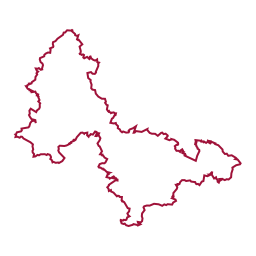 the district of Mixtlán, Jalisco, Mexico
{"feature_id": "50627088B12343009678657", "entity_name": "Mixtlán", "entity_type": "district", "adm_level": 2, "iso_a3": "MEX", "parent_name": "Mexico", "parent_adm1": "Jalisco", "projection": "albers", "projection_center": [-104.454, 20.522], "detail": "fine", "context": "isolated", "style": "outline", "palette": "rose", "viewbox_px": 256, "rotation_deg": 0, "n_neighbors": 0, "source": "geoboundaries", "source_scale": "gbopen_adm2", "svg_char_len": 5782}
<svg xmlns="http://www.w3.org/2000/svg" viewBox="0 0 256 256"><path d="M214.9,143.2L212.3,142.1L211.3,142.5L211.0,141.3L209.7,141.1L209.6,142.0L210.8,142.6L210.2,143.4L208.8,142.5L209.0,141.1L207.9,140.7L207.8,141.6L206.1,142.9L204.0,141.5L203.6,142.2L202.6,141.5L201.7,141.6L201.4,140.8L200.9,141.3L200.4,140.7L195.5,140.1L195.7,141.4L196.5,142.0L196.2,143.1L195.4,143.0L195.1,144.3L196.4,145.3L196.4,146.4L197.5,147.6L197.5,148.6L199.2,149.8L199.4,151.1L197.2,155.8L195.8,160.8L184.5,155.5L184.5,154.6L185.4,154.6L185.1,153.8L182.8,153.2L183.6,152.1L182.3,151.9L183.0,150.7L182.2,149.3L180.6,150.4L180.0,151.9L178.6,150.8L176.5,150.8L175.1,148.7L175.4,147.6L174.8,146.2L176.7,144.7L177.7,144.9L178.2,144.1L178.0,142.7L174.2,139.8L172.0,139.2L172.4,139.9L171.6,139.2L169.5,140.2L165.4,138.6L167.6,136.3L167.7,135.5L165.6,133.7L163.6,134.1L162.2,132.6L161.1,132.9L157.8,135.8L155.1,133.8L151.8,133.7L149.7,132.9L147.2,129.9L147.4,129.0L141.7,131.9L136.0,131.1L134.6,132.6L133.7,132.7L135.9,126.3L132.9,128.3L129.9,129.4L128.7,130.6L129.1,131.6L128.6,132.4L126.1,132.6L123.1,131.5L122.1,132.3L120.5,131.0L119.8,129.4L117.8,128.2L118.0,126.1L116.1,124.3L115.8,123.0L113.9,123.5L110.4,122.8L111.9,118.7L113.2,117.8L114.4,115.5L115.5,115.2L115.9,113.5L114.8,113.7L114.5,112.8L113.3,112.4L111.0,113.1L110.9,112.5L109.0,112.0L108.9,110.9L108.0,111.1L106.9,109.4L107.7,105.3L106.5,104.8L105.1,102.8L105.9,101.8L105.0,98.8L101.8,98.7L98.3,96.6L95.8,93.6L95.1,90.1L92.4,89.6L91.2,88.2L91.6,84.7L90.4,81.3L90.7,80.1L88.2,78.0L87.4,73.0L91.0,72.1L92.5,73.7L94.8,73.9L96.0,72.5L95.8,71.8L98.3,66.0L98.2,63.6L99.0,62.6L97.3,62.1L97.1,59.4L95.2,60.6L93.3,59.9L91.2,58.3L90.5,56.5L89.9,56.7L89.9,58.6L89.4,59.1L87.1,56.9L84.2,58.3L83.3,57.5L84.0,55.0L83.0,54.4L81.6,54.9L80.4,53.9L79.1,54.2L80.5,53.0L80.8,51.1L79.6,46.6L82.3,44.3L78.7,39.8L78.1,40.1L77.0,39.4L78.3,35.3L77.0,35.9L75.2,35.2L75.0,33.9L72.0,31.3L72.4,30.3L72.0,30.0L71.1,30.6L67.1,30.3L65.1,32.5L63.7,32.6L63.0,34.8L57.5,38.7L55.5,41.1L53.0,42.2L52.8,44.0L53.4,46.2L53.1,47.1L50.0,48.4L50.6,49.7L50.2,52.8L48.0,52.5L45.7,53.6L44.3,54.9L44.2,56.3L40.0,58.1L39.8,59.5L40.6,62.1L42.4,63.5L43.0,65.1L42.0,68.6L42.2,69.4L40.8,69.8L38.9,68.1L37.9,68.7L35.8,68.5L36.9,70.9L38.1,71.6L36.5,73.2L37.2,74.4L35.5,76.9L35.3,79.7L31.9,82.1L31.5,83.4L29.7,84.1L29.6,83.5L28.9,83.6L29.0,84.3L27.3,85.3L27.2,86.1L26.0,86.2L27.7,88.8L29.3,89.2L29.4,90.1L30.5,90.0L30.7,91.1L31.5,90.6L32.5,90.9L32.1,92.1L35.3,91.6L36.0,93.2L37.0,93.9L36.9,94.5L37.6,94.5L37.2,95.2L38.1,95.2L37.8,96.3L38.6,96.8L38.4,97.5L39.5,100.0L38.3,101.4L40.2,103.3L39.7,104.2L39.8,107.2L39.2,108.7L37.0,110.4L36.2,112.1L30.7,108.7L29.4,110.7L29.8,113.7L29.0,115.0L29.9,116.8L31.5,119.1L35.3,120.1L35.8,123.1L35.3,121.4L34.2,120.7L31.8,121.1L30.3,123.0L29.3,126.4L28.4,127.4L21.5,128.6L21.8,130.4L21.0,131.4L16.9,132.3L16.0,134.3L15.4,134.5L16.0,135.2L15.5,137.0L17.2,136.7L19.7,137.7L20.9,136.6L22.1,136.8L23.5,138.5L30.5,142.3L32.9,144.4L32.5,146.3L33.2,149.4L32.5,150.9L32.7,152.5L34.1,154.1L33.5,156.7L35.4,156.4L37.5,154.9L39.0,155.3L40.6,154.3L44.8,154.2L46.7,155.0L47.6,154.1L49.8,154.8L50.8,156.4L51.0,157.4L50.3,159.0L51.8,160.1L52.5,162.3L53.3,161.8L55.7,162.8L58.2,162.5L58.9,163.0L62.3,161.1L64.5,158.0L59.1,152.4L58.3,150.5L58.8,149.0L58.4,146.9L59.8,145.7L64.3,146.0L66.5,145.5L68.7,144.4L68.9,143.8L69.7,144.0L70.0,143.0L71.2,142.9L71.1,142.0L73.6,141.0L73.4,140.2L74.0,139.7L74.7,140.4L75.5,139.9L76.8,137.2L80.7,132.8L82.6,132.6L84.2,133.8L84.5,133.2L87.3,132.6L87.1,135.2L88.6,136.7L89.1,135.5L90.0,135.2L90.7,134.1L92.9,134.6L95.1,131.5L96.5,131.9L96.5,132.9L99.1,133.3L98.8,134.0L96.2,134.8L95.6,136.0L96.7,136.1L97.9,135.3L98.9,135.7L100.4,138.2L99.6,140.4L97.5,143.4L98.7,145.9L99.7,146.4L102.0,151.3L100.1,154.3L102.4,154.6L102.2,155.4L103.3,155.7L104.6,157.6L107.2,159.0L105.4,162.5L104.3,163.3L102.2,163.2L99.7,164.1L98.4,166.7L99.1,167.6L100.6,167.6L101.9,168.7L102.9,168.6L103.4,169.6L104.1,169.4L106.7,171.9L109.8,172.7L107.9,173.5L108.5,174.3L107.4,174.9L106.5,177.1L109.4,177.8L109.7,178.6L111.7,177.7L112.5,178.0L112.4,177.1L113.7,176.4L114.6,177.4L114.1,178.0L114.5,178.5L116.1,178.3L116.7,179.4L117.5,179.6L117.5,180.5L115.7,180.2L108.9,184.8L109.0,185.4L107.3,187.3L108.5,188.7L108.9,191.0L110.9,190.1L111.1,191.5L113.5,192.6L116.9,196.3L117.9,195.7L119.2,196.1L119.6,196.9L121.9,197.0L121.6,200.3L122.4,200.7L122.2,201.4L124.2,202.1L127.7,208.1L129.6,208.6L129.1,211.4L127.4,213.4L128.2,215.2L129.5,216.3L127.2,217.4L126.4,219.7L125.6,220.1L123.7,219.8L122.9,220.6L120.8,220.0L120.7,220.8L121.6,223.3L123.6,224.0L124.7,223.6L126.1,225.2L128.6,226.0L132.8,224.8L133.4,224.1L137.1,224.9L137.8,225.5L140.4,224.3L138.0,222.8L137.8,221.9L140.7,222.4L142.1,221.1L142.5,218.4L141.8,216.2L142.1,213.4L144.6,210.1L143.5,207.3L144.2,206.3L146.9,205.5L149.7,205.6L154.0,203.8L158.7,204.3L162.2,205.8L164.3,204.4L166.2,205.1L167.6,204.2L172.1,204.6L173.2,202.5L176.0,200.9L175.5,199.6L172.0,198.2L173.5,197.0L173.6,196.5L172.6,196.3L173.3,195.1L173.4,193.0L176.8,188.9L177.3,187.2L176.0,184.9L177.7,184.9L177.6,184.0L179.4,184.1L180.2,182.0L182.1,180.1L184.6,180.1L186.1,181.0L190.1,180.4L191.2,181.6L195.2,182.1L195.9,183.7L196.8,184.2L198.0,183.9L199.5,185.1L201.8,181.6L203.4,181.1L204.3,175.4L207.4,176.2L209.5,175.2L208.9,174.6L209.6,174.6L211.7,172.3L212.1,172.4L211.8,174.7L214.1,178.5L216.0,177.3L216.4,179.0L217.3,179.3L217.7,181.8L218.8,182.6L219.6,180.4L219.4,179.0L221.6,178.9L221.1,180.0L222.6,179.1L224.8,180.1L226.7,179.2L228.6,179.5L231.1,177.3L231.4,173.3L232.7,169.3L232.4,167.6L236.2,165.2L240.0,164.3L240.6,163.3L237.7,159.6L235.3,159.1L236.3,158.3L235.8,157.8L231.7,155.3L228.3,155.8L226.8,153.7L224.9,154.0L222.7,151.5L222.5,149.5L218.3,145.2L215.1,144.1L214.5,143.5L214.9,143.2Z" fill="none" stroke="#9f1239" stroke-width="2"/></svg>